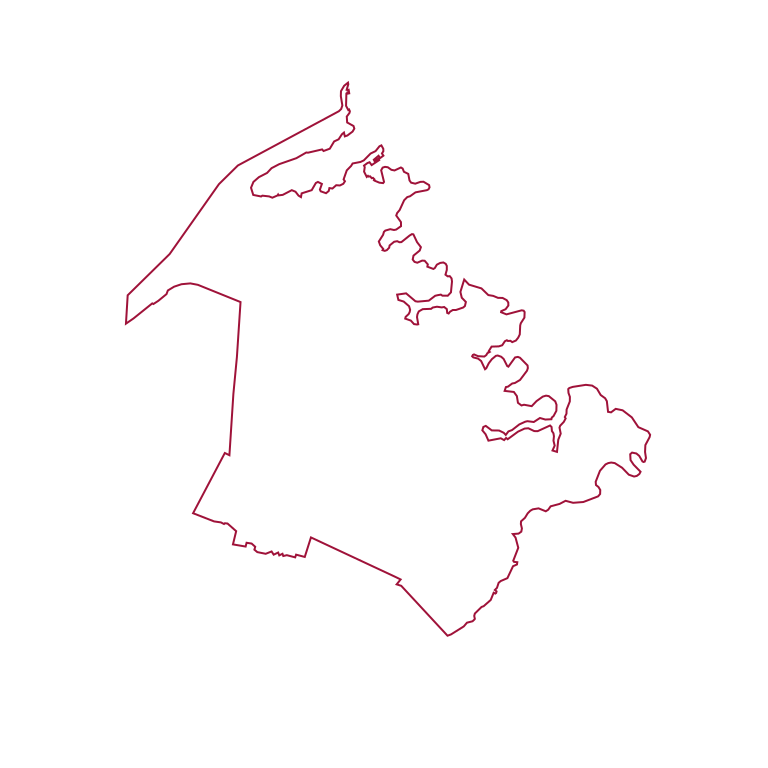 Georges River, New South Wales, Australia (Equal Earth projection), rotated 217°
{"feature_id": "25037944B98162521374910", "entity_name": "Georges River", "entity_type": "district", "adm_level": 2, "iso_a3": "AUS", "parent_name": "Australia", "parent_adm1": "New South Wales", "projection": "equal_earth", "projection_center": [151.093, -33.973], "detail": "fine", "context": "isolated", "style": "outline", "palette": "rose", "viewbox_px": 768, "rotation_deg": 217, "n_neighbors": 0, "source": "geoboundaries", "source_scale": "gbopen_adm2", "svg_char_len": 6166}
<svg xmlns="http://www.w3.org/2000/svg" viewBox="0 0 768 768"><g transform="rotate(217 384 384)"><path d="M458.7,165.9L437.0,172.0L431.0,175.3L427.5,175.9L427.3,177.0L425.0,178.4L413.5,177.5L408.1,165.0L396.7,170.9L398.2,174.5L393.7,176.9L388.9,176.5L387.8,173.7L384.0,173.5L376.3,177.2L373.0,182.6L369.4,181.3L367.1,185.7L364.5,184.1L362.9,187.3L360.9,186.0L358.6,188.8L350.6,192.1L351.5,194.8L343.2,198.2L350.0,217.5L257.8,237.0L253.1,237.9L253.3,231.6L248.8,233.2L181.8,221.2L179.8,224.3L174.4,238.4L174.1,243.3L170.5,247.8L170.1,250.2L170.1,251.1L172.4,253.1L173.3,255.4L171.9,264.7L170.7,266.5L168.8,275.8L170.8,283.3L169.0,283.6L168.7,284.6L169.3,286.1L171.5,286.2L171.1,289.2L172.8,294.2L172.2,296.9L168.6,303.2L171.3,316.1L169.2,319.9L170.3,321.9L173.1,320.2L174.4,320.6L178.2,334.0L186.5,340.5L190.8,341.7L186.5,345.5L185.5,348.7L186.9,351.6L190.4,354.5L191.9,356.8L190.9,361.9L191.4,367.2L190.9,370.8L189.8,373.4L185.7,377.7L178.2,379.7L177.2,382.4L177.3,386.6L171.6,393.9L168.7,400.0L161.5,402.9L153.8,409.7L145.4,423.1L145.2,426.2L147.5,429.5L150.7,430.8L153.9,430.9L156.1,433.3L159.3,444.7L158.7,453.1L157.3,455.8L155.3,458.0L152.1,459.7L143.4,460.4L133.9,458.9L128.6,460.6L126.8,462.7L125.9,465.8L126.3,468.3L136.1,469.8L141.3,471.6L145.1,476.1L144.6,478.5L140.6,480.4L136.9,480.2L131.0,477.7L129.8,477.9L129.1,478.9L130.2,482.5L134.6,486.8L138.5,492.5L139.9,501.4L140.9,503.6L144.7,505.0L154.9,502.6L166.0,506.5L177.6,506.6L184.0,503.6L185.6,498.0L188.3,496.6L195.7,504.4L198.8,505.7L204.3,505.6L211.1,508.4L216.8,508.0L222.3,504.8L231.5,495.3L233.6,492.3L233.8,490.8L231.3,487.9L227.8,485.6L225.1,481.9L222.8,473.5L220.4,470.1L219.7,466.4L218.2,465.8L217.6,461.9L218.2,456.7L217.6,454.8L213.0,450.7L211.3,444.4L205.0,433.9L209.4,432.3L210.6,437.5L214.5,440.7L216.8,444.5L219.0,446.6L221.6,447.5L224.3,450.5L226.4,450.8L232.9,438.8L235.7,436.8L242.1,435.5L244.9,433.0L248.3,426.6L252.0,414.3L254.0,414.4L254.3,411.5L258.1,410.9L266.5,401.6L272.6,405.0L277.6,406.2L278.8,409.5L277.5,411.8L270.0,411.8L264.1,416.1L259.0,417.1L256.1,416.6L256.1,421.0L254.0,424.3L251.6,433.2L248.5,438.9L247.1,440.6L241.5,443.8L239.0,450.7L233.8,452.7L229.1,456.6L229.8,458.2L229.3,460.4L230.2,466.3L233.7,471.2L236.8,473.2L245.1,473.5L247.6,472.2L249.6,469.5L251.9,462.1L252.7,455.2L259.7,451.7L261.3,449.6L265.7,449.6L270.6,454.3L275.5,455.8L283.5,451.1L284.8,454.9L283.4,456.5L281.9,461.6L280.1,463.5L277.8,469.1L277.8,480.7L278.7,483.3L280.5,485.2L291.2,486.8L293.4,486.2L295.3,484.1L295.1,472.7L296.4,472.5L303.5,476.0L306.8,476.3L310.3,475.2L311.6,473.8L312.8,468.7L312.8,463.6L311.8,458.1L312.2,456.6L320.2,460.8L324.1,460.9L328.7,459.0L330.3,459.2L330.5,460.7L329.9,461.8L325.7,462.8L320.4,466.3L319.7,468.7L320.0,470.8L318.9,473.2L320.1,473.2L320.6,478.6L315.0,483.1L312.9,486.1L313.2,490.9L312.2,492.9L311.0,492.9L309.0,494.6L306.8,494.6L304.8,498.1L304.7,501.7L305.4,505.3L310.5,512.8L311.3,514.8L311.8,521.5L315.0,526.1L316.6,526.6L318.4,525.7L328.1,513.3L333.7,511.8L334.2,512.8L331.9,516.9L331.9,521.5L333.8,523.9L336.5,524.8L341.1,524.1L344.8,521.4L349.8,520.1L354.2,517.8L363.7,519.0L375.9,514.5L382.8,515.7L378.4,503.5L373.8,499.7L368.0,498.8L366.3,495.0L366.8,492.7L371.0,486.5L373.6,484.5L374.8,481.4L374.8,479.2L376.3,478.8L378.9,481.6L382.3,481.7L384.0,479.9L388.2,477.6L391.1,474.4L391.6,472.4L398.1,467.1L399.9,462.9L399.2,459.7L397.9,457.3L392.6,452.3L393.4,451.4L396.1,449.9L400.7,450.8L406.4,449.0L407.1,450.6L406.4,454.8L406.8,456.9L407.8,459.0L410.8,461.2L417.9,461.7L423.1,459.8L427.3,463.3L420.9,469.7L408.7,469.0L406.6,470.1L398.4,477.5L396.2,485.3L394.7,487.1L392.4,489.6L390.5,489.7L386.2,492.9L385.7,497.5L391.4,506.8L393.6,509.0L396.4,509.7L397.9,508.3L400.7,508.3L402.5,512.9L404.9,516.1L407.0,517.1L409.7,516.8L412.0,514.5L413.6,511.1L413.2,507.2L413.8,505.6L420.0,503.8L421.0,505.9L425.7,506.9L427.8,505.5L430.4,500.9L433.1,499.9L436.0,500.7L437.7,504.3L435.8,512.1L436.9,515.5L443.0,517.2L450.6,521.2L451.9,520.5L452.9,518.0L455.5,507.8L457.0,506.5L459.4,506.0L461.5,503.7L462.9,498.0L461.9,496.0L462.3,492.6L463.5,490.8L465.7,490.0L465.9,491.4L470.5,492.5L473.9,494.7L474.5,502.6L475.6,505.4L475.3,507.3L472.2,511.4L468.7,513.0L467.2,514.7L465.4,520.3L467.9,523.5L475.6,525.9L476.4,528.4L476.2,532.4L478.5,542.9L477.9,547.3L476.2,549.6L474.2,556.0L466.4,564.6L465.6,566.3L466.0,568.5L467.7,570.0L474.2,569.3L476.6,567.3L479.6,562.8L483.5,561.1L486.1,561.9L491.1,566.4L495.8,565.5L498.8,567.3L500.8,567.1L504.1,560.9L507.0,559.5L511.4,559.4L513.9,558.0L515.3,556.0L514.9,553.0L505.6,545.4L505.6,543.9L508.9,542.0L514.0,540.7L514.7,540.7L514.8,541.7L516.9,542.0L517.6,541.0L520.1,541.5L521.1,540.4L522.1,540.6L522.4,539.0L527.7,541.6L529.9,545.6L531.4,546.4L530.2,550.5L529.0,552.4L525.6,551.4L522.6,559.9L524.1,560.5L525.6,556.3L527.1,557.0L525.7,563.0L523.1,562.0L521.9,566.0L524.4,566.9L524.6,569.5L526.1,571.4L529.7,573.0L530.7,571.1L530.9,564.9L533.4,560.0L534.7,550.4L536.4,547.2L541.8,541.2L541.5,538.4L542.3,532.2L539.4,523.1L537.2,522.4L537.0,519.4L538.7,516.0L541.8,514.0L542.8,509.1L545.5,507.6L544.3,504.9L545.1,501.5L550.5,499.8L552.2,500.7L554.0,506.4L558.4,505.6L559.4,503.5L558.4,495.3L564.5,486.7L562.8,483.3L565.6,483.0L570.4,484.3L574.3,483.3L578.7,474.1L581.7,471.2L582.6,471.6L582.5,470.5L585.3,465.6L588.6,464.7L594.5,461.2L595.0,459.8L602.2,456.3L608.3,460.7L609.9,466.8L608.4,473.9L604.4,482.2L603.7,488.7L600.0,496.5L589.9,511.6L585.4,522.1L583.9,523.0L574.6,534.1L572.5,533.7L568.9,539.3L569.8,547.7L567.5,552.1L567.9,558.1L567.3,560.7L564.3,558.2L562.8,560.4L561.0,566.7L561.4,570.1L563.6,571.7L570.8,570.7L571.6,571.6L574.7,575.2L574.7,579.7L575.4,581.3L577.1,582.2L577.4,581.3L581.7,583.3L588.9,593.4L588.3,595.2L587.5,594.3L586.7,595.2L589.3,597.7L590.1,596.5L590.8,597.1L590.5,598.0L591.1,597.1L592.9,601.9L594.1,603.0L595.3,598.2L594.6,592.0L591.7,587.9L584.9,581.4L583.7,577.9L584.2,574.7L632.2,470.6L636.1,444.3L633.4,358.8L642.1,300.6L626.4,276.9L623.5,285.6L617.6,308.9L616.3,309.1L614.3,314.6L611.8,324.9L612.9,328.6L610.2,335.4L605.8,341.8L599.2,347.8L592.3,351.2L547.9,363.1L517.7,317.0L498.3,285.4L464.6,234.1L469.6,233.1L458.7,165.9Z" fill="none" stroke="#9f1239" stroke-width="2"/></g></svg>